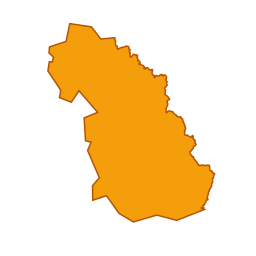 the district of Yei, Central Equatoria, South Sudan, rotated 193°
{"feature_id": "79223893B15931514297219", "entity_name": "Yei", "entity_type": "district", "adm_level": 2, "iso_a3": "SSD", "parent_name": "South Sudan", "parent_adm1": "Central Equatoria", "projection": "natural_earth1", "projection_center": [30.16, 4.243], "detail": "fine", "context": "isolated", "style": "filled", "palette": "amber", "viewbox_px": 256, "rotation_deg": 193, "n_neighbors": 0, "source": "geoboundaries", "source_scale": "gbopen_adm2", "svg_char_len": 4367}
<svg xmlns="http://www.w3.org/2000/svg" viewBox="0 0 256 256"><g transform="rotate(193 128 128)"><path d="M222.7,189.4L221.9,183.4L216.6,180.3L216.6,175.4L219.6,174.9L218.9,165.6L202.0,149.7L201.6,142.2L189.0,140.4L184.1,153.2L161.1,136.4L173.0,128.0L166.5,105.9L160.7,105.9L162.3,97.0L144.7,73.1L149.6,63.8L146.1,49.7L133.7,57.2L117.4,42.7L101.6,37.7L80.4,49.6L59.7,49.0L35.4,65.7L35.6,65.7L36.0,67.1L38.2,66.0L38.7,66.8L37.1,68.4L37.1,70.0L36.5,70.0L36.1,71.5L35.9,72.3L35.4,73.4L35.7,74.6L35.4,75.4L34.1,75.9L34.1,76.7L35.2,77.4L35.3,78.4L35.0,79.9L35.0,81.2L34.9,81.6L34.9,82.3L35.2,83.1L35.3,83.6L34.8,84.3L34.7,84.6L34.7,85.1L34.8,85.5L34.8,86.4L34.1,87.2L33.9,87.9L34.0,88.7L34.0,89.2L33.5,90.1L33.5,90.9L33.8,91.4L33.8,92.1L33.8,93.1L33.6,93.5L33.3,94.1L33.5,95.1L33.8,95.7L34.1,96.4L34.2,97.2L34.1,98.0L33.6,98.3L33.5,99.3L33.7,99.8L33.8,100.7L33.8,101.7L33.3,102.3L33.3,102.9L34.1,103.2L35.2,103.6L36.1,103.9L36.3,104.9L37.2,104.9L37.8,105.0L38.5,105.1L38.9,105.8L39.0,106.5L39.4,107.3L39.7,108.4L39.9,109.3L40.8,110.0L41.8,109.9L43.1,109.2L43.8,109.0L45.0,108.6L45.6,108.9L46.4,108.4L47.2,108.5L47.6,108.6L48.9,108.0L49.4,107.6L50.1,107.8L50.5,107.6L50.9,108.0L51.6,108.4L52.5,109.6L53.7,110.4L54.5,111.2L55.5,112.0L56.6,112.6L57.7,113.5L57.4,114.1L57.8,114.7L58.7,114.7L59.4,115.0L59.9,115.7L60.8,116.3L61.4,116.5L61.8,117.4L62.1,117.8L62.3,118.6L61.7,119.7L61.1,120.0L60.8,120.8L60.8,121.3L60.3,122.1L59.8,122.6L59.8,123.2L60.0,124.1L60.0,124.7L59.4,125.3L58.7,125.6L58.5,125.9L58.1,126.8L58.1,127.6L58.6,127.8L59.5,128.4L59.4,129.2L59.4,129.8L60.0,130.4L60.0,131.2L60.7,131.6L61.5,131.7L62.0,132.2L62.5,133.4L62.4,134.2L63.1,135.1L63.7,135.1L64.0,134.3L64.1,133.3L65.2,133.1L65.8,133.3L66.4,133.5L67.1,133.8L68.1,134.1L68.5,134.4L69.3,134.3L69.9,134.0L70.9,134.0L71.2,134.3L71.7,135.4L71.7,136.2L71.7,137.0L71.9,137.6L72.5,138.0L72.2,138.8L71.8,139.3L71.7,139.8L71.8,140.3L72.1,141.3L72.6,141.6L72.7,142.7L73.4,143.7L74.0,144.1L74.5,145.3L74.9,145.8L75.7,146.0L75.7,146.7L76.2,147.7L76.7,148.6L76.9,149.2L77.8,149.5L78.5,149.5L78.7,149.9L79.0,150.6L79.9,150.7L80.5,150.1L81.6,150.1L82.2,150.4L83.2,150.6L83.4,151.3L84.0,151.4L84.5,151.4L85.1,151.7L86.4,152.5L87.5,153.1L87.7,153.7L88.3,154.0L89.1,153.7L89.9,153.9L90.7,154.1L91.8,153.9L92.8,153.3L93.3,152.6L93.7,151.7L94.4,151.9L94.6,152.4L94.8,153.5L94.9,154.1L94.9,154.9L95.1,155.8L95.1,157.1L94.6,158.6L94.6,159.4L94.7,160.6L95.2,161.3L95.9,162.0L95.8,162.5L95.8,163.6L95.1,164.2L94.5,164.6L94.0,165.2L94.4,166.0L95.2,166.7L96.0,167.2L96.7,167.9L97.7,168.2L98.5,168.4L99.4,168.8L99.4,169.9L99.8,170.5L99.8,171.2L99.7,171.8L99.9,172.6L100.0,173.6L100.5,174.0L101.3,174.7L101.2,175.6L100.7,176.2L100.1,176.9L100.1,177.8L99.5,178.4L99.8,178.9L100.3,179.9L100.5,181.0L99.9,181.5L100.0,181.4L100.6,182.1L101.2,182.4L101.8,183.0L102.4,183.6L101.8,184.1L101.7,184.9L101.8,185.6L101.9,186.4L102.6,187.2L103.3,187.6L103.9,187.9L104.7,187.9L105.1,187.1L105.8,186.6L106.4,186.7L106.7,187.6L107.6,187.7L108.4,187.1L108.8,186.6L109.5,185.6L109.9,185.4L110.9,185.5L112.1,185.5L113.0,184.9L113.0,184.0L113.4,183.1L114.1,183.6L114.3,184.5L114.5,185.1L115.3,185.3L115.8,185.3L116.3,186.1L116.9,186.6L117.1,187.7L116.9,188.6L117.3,189.8L117.3,190.4L118.3,190.1L118.9,189.4L119.7,189.7L120.4,189.7L121.4,190.5L122.2,191.0L123.0,191.1L123.9,190.6L124.2,189.8L124.4,189.4L125.0,189.5L125.0,190.1L126.0,190.0L126.0,190.7L125.8,191.2L126.4,191.6L127.2,192.3L127.8,192.3L128.8,192.3L129.5,192.5L129.8,192.9L130.6,192.7L131.4,192.7L131.9,192.8L131.7,193.4L131.2,193.7L130.9,194.3L131.2,195.0L131.8,195.6L132.6,196.1L133.3,195.7L133.7,195.6L133.9,196.3L133.7,197.1L134.2,197.9L134.8,198.3L135.0,199.4L134.9,200.1L135.0,200.8L136.2,201.3L137.0,200.7L137.5,200.7L138.3,201.1L138.8,201.2L139.6,200.6L140.0,199.7L140.5,198.8L140.7,198.1L141.4,197.7L142.1,197.9L142.3,199.2L142.8,199.8L142.8,200.5L142.4,201.2L143.0,201.9L143.6,202.0L144.0,202.9L143.5,203.8L143.5,204.7L144.2,205.2L145.0,205.2L145.3,205.7L145.3,206.5L145.4,207.2L146.0,207.4L147.0,207.6L147.6,207.3L148.7,207.3L149.5,206.3L150.9,205.5L151.9,205.5L152.4,204.8L153.7,204.2L154.9,203.3L155.5,202.5L156.5,203.4L156.8,205.3L157.6,205.4L158.2,205.5L158.6,205.9L159.0,206.6L159.4,207.7L159.5,208.7L159.5,209.7L160.3,210.8L161.0,211.7L161.0,213.0L174.5,208.6L186.4,218.3L208.2,216.6L207.8,198.4L222.7,189.4Z" fill="#f59e0b" stroke="#b45309" stroke-width="1.5"/></g></svg>